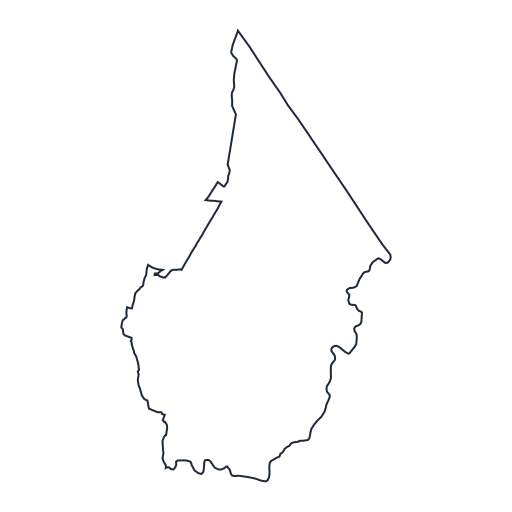 Unión Juárez, Chiapas, Mexico
{"feature_id": "50627088B53663671154326", "entity_name": "Unión Juárez", "entity_type": "district", "adm_level": 2, "iso_a3": "MEX", "parent_name": "Mexico", "parent_adm1": "Chiapas", "projection": "natural_earth1", "projection_center": [-92.114, 15.071], "detail": "fine", "context": "isolated", "style": "outline", "palette": "slate", "viewbox_px": 512, "rotation_deg": 0, "n_neighbors": 0, "source": "geoboundaries", "source_scale": "gbopen_adm2", "svg_char_len": 5965}
<svg xmlns="http://www.w3.org/2000/svg" viewBox="0 0 512 512"><path d="M165.8,467.9L166.2,467.6L168.4,467.2L169.6,467.8L171.0,469.2L173.5,469.4L174.4,468.4L175.6,466.6L176.3,464.4L176.0,461.8L177.9,460.4L182.0,460.4L185.7,460.4L189.3,461.2L190.9,462.2L191.7,465.1L194.4,470.3L198.4,473.2L201.3,474.0L203.0,472.4L203.7,470.2L204.3,462.1L205.0,460.3L207.0,459.9L208.9,460.1L210.9,461.9L212.8,465.0L214.9,467.8L219.0,469.6L221.4,469.4L222.9,468.8L225.2,467.6L226.2,466.6L227.1,466.4L229.8,469.9L230.8,473.5L232.0,475.5L234.7,476.1L238.7,475.7L242.7,476.3L246.5,476.8L250.9,477.6L256.0,478.8L260.6,480.5L264.7,481.3L266.4,481.1L267.7,480.1L268.6,478.3L269.3,475.9L269.5,472.2L269.3,466.4L269.7,463.2L271.1,460.9L274.3,459.1L277.3,457.5L279.3,456.7L279.8,455.7L280.3,453.9L281.9,452.9L283.7,450.9L284.6,448.9L287.1,446.9L289.4,445.9L291.0,443.5L293.8,442.3L298.3,441.7L299.3,440.9L303.2,440.7L307.7,440.1L309.3,438.3L310.0,435.5L310.5,432.3L311.4,428.9L314.2,424.5L317.5,420.5L321.4,416.7L324.6,411.6L325.7,408.0L326.3,405.0L328.8,399.4L329.6,397.5L329.7,395.1L328.8,393.9L327.4,392.3L326.7,390.7L326.5,388.3L327.0,385.8L328.6,383.8L329.9,381.2L331.0,377.8L330.8,372.8L330.8,367.9L331.2,364.9L332.6,362.7L333.8,361.3L334.9,359.9L335.1,358.3L334.8,355.8L332.6,352.6L331.4,351.0L331.4,349.2L332.0,347.6L334.1,346.2L336.4,345.8L339.2,347.0L345.4,352.1L348.4,353.7L349.5,353.3L354.4,347.1L356.2,344.2L356.8,337.6L356.6,334.4L355.7,332.8L354.8,331.6L354.1,329.0L354.7,327.4L356.3,326.0L358.6,325.4L360.5,323.8L361.4,321.7L361.8,314.7L362.0,312.7L361.6,312.1L360.2,311.3L358.8,310.8L357.0,308.8L356.0,306.0L355.0,305.0L351.4,304.8L349.5,304.0L349.0,302.8L348.4,300.8L348.4,299.3L348.8,297.9L349.3,295.8L349.1,294.4L348.5,293.8L347.0,292.1L346.6,290.6L346.9,290.0L347.5,289.3L349.8,288.0L352.1,287.9L354.7,287.3L356.9,285.7L358.0,282.7L359.8,278.6L363.0,273.6L363.9,272.6L365.7,271.8L368.6,271.3L369.3,270.4L369.8,269.0L370.2,266.2L370.9,264.9L372.5,262.4L376.6,259.3L378.6,258.3L381.0,259.5L383.0,261.2L385.4,263.0L387.6,262.7L389.1,261.1L390.2,259.6L390.7,257.5L390.3,254.7L382.2,244.2L366.8,221.5L347.4,191.9L333.0,170.7L320.5,152.1L312.0,139.6L309.1,135.2L298.1,119.1L287.8,105.1L280.2,92.8L269.1,76.9L262.8,67.3L259.3,61.9L249.5,46.7L237.9,30.7L235.8,36.7L234.1,41.1L232.6,45.4L231.9,48.7L231.6,50.2L231.2,51.8L231.4,53.2L232.4,54.5L233.0,55.7L234.1,56.8L234.9,57.5L235.6,58.3L236.7,59.2L237.0,60.4L234.4,73.3L233.8,79.5L233.9,82.7L234.1,84.6L234.3,86.1L234.0,87.8L233.3,90.1L232.3,91.8L231.9,93.3L231.7,95.2L232.2,101.3L232.1,105.9L232.6,107.0L235.9,114.5L232.2,137.0L230.3,148.7L227.6,164.8L228.2,165.4L228.2,166.3L228.7,167.3L228.9,168.1L229.3,168.8L229.7,169.7L229.6,171.1L229.5,172.3L229.1,173.4L228.7,174.7L228.2,175.6L228.2,176.7L228.1,177.6L228.1,178.9L227.7,180.5L227.6,181.7L225.9,184.1L224.9,185.7L224.0,186.6L222.2,185.5L217.8,182.0L216.4,184.1L216.0,184.9L216.0,185.0L215.4,185.9L214.4,187.5L212.0,191.1L210.3,193.8L209.6,195.0L207.8,197.6L207.3,198.2L206.9,198.6L206.1,199.4L205.6,200.1L210.7,200.7L213.0,200.8L213.5,200.8L214.5,200.8L217.4,201.3L221.4,201.6L218.7,206.4L218.0,208.1L217.1,209.5L216.3,210.9L215.5,212.1L212.6,217.1L211.9,218.3L209.8,221.6L207.5,225.6L204.0,231.5L202.8,233.7L201.3,236.4L200.7,237.0L200.4,237.7L199.9,238.5L199.3,239.6L198.6,240.8L198.2,241.4L197.1,243.0L196.8,243.5L196.0,245.3L194.5,247.6L193.3,249.5L193.1,249.9L193.0,250.1L192.6,250.6L192.5,250.8L192.1,251.4L191.9,251.8L191.7,252.1L191.1,253.0L189.5,256.1L188.2,258.3L187.7,259.1L185.8,262.2L185.1,263.4L184.3,264.9L183.4,266.5L182.4,268.2L181.6,269.8L180.1,269.3L179.8,269.4L179.5,269.4L177.1,269.8L176.8,269.8L176.1,269.8L175.6,269.8L173.8,269.7L172.0,270.1L171.5,270.6L171.2,270.5L169.9,271.8L169.4,272.5L168.4,273.9L168.3,274.0L167.2,275.3L166.1,276.5L165.2,277.5L164.6,277.2L163.1,277.6L161.8,276.8L160.3,276.6L158.4,275.2L157.7,275.0L155.3,275.0L154.6,275.1L154.9,273.8L155.0,273.5L157.5,273.4L157.9,273.3L158.2,273.2L158.9,272.5L159.2,272.2L160.6,271.0L161.1,270.4L161.5,270.3L162.0,270.1L162.3,270.3L162.8,269.9L161.9,269.8L161.5,269.7L158.1,269.4L157.4,269.2L154.6,268.4L153.4,267.9L151.5,267.1L148.1,264.9L147.5,267.0L147.3,267.3L146.8,269.1L146.6,270.8L146.4,273.0L146.2,274.6L146.1,275.4L144.8,277.5L144.0,280.3L143.6,282.1L143.4,282.9L143.3,284.4L143.0,285.6L142.2,286.5L140.6,287.3L139.8,288.6L138.8,289.7L137.8,290.5L136.9,291.5L136.6,291.8L136.1,292.3L135.3,293.3L135.0,294.9L134.6,296.3L134.6,296.7L134.3,298.8L134.2,299.5L134.1,300.1L133.9,301.2L132.7,305.0L132.5,305.8L132.0,308.4L131.2,308.3L130.5,308.3L130.0,308.2L129.5,308.1L129.0,307.9L128.4,307.7L128.0,307.6L127.9,307.5L127.1,307.2L127.0,307.9L126.6,309.9L126.5,310.9L126.4,314.2L126.4,314.6L126.6,314.8L126.7,315.2L126.7,315.8L126.6,316.3L126.6,316.9L126.1,317.6L125.0,318.2L124.7,318.6L124.0,319.4L123.2,319.8L122.8,320.3L122.6,320.5L122.4,321.3L122.2,322.3L122.0,323.2L121.8,323.9L121.6,324.9L121.6,325.3L121.5,325.9L121.4,326.7L121.3,327.3L121.8,328.2L122.6,328.9L122.9,329.9L122.9,330.5L123.1,331.7L123.2,332.8L123.5,333.8L123.7,334.3L124.3,334.8L124.6,335.0L124.8,335.4L126.6,336.0L127.2,336.3L127.7,336.4L128.3,336.7L129.3,337.0L130.0,337.3L131.6,337.8L131.5,338.2L131.4,338.9L131.5,339.4L131.6,339.8L131.3,340.2L131.2,340.6L131.1,340.9L131.0,341.1L130.8,341.2L130.9,341.4L131.7,342.5L131.8,343.2L131.8,343.5L131.6,343.9L133.3,349.7L133.8,350.4L133.9,351.1L134.1,353.0L135.2,354.6L136.3,356.8L137.6,361.6L138.2,363.1L138.0,363.8L138.6,365.4L138.5,367.4L139.0,369.1L138.9,370.0L137.9,371.4L137.8,371.6L138.1,373.0L138.7,374.6L138.5,375.5L137.8,379.9L138.5,384.8L139.4,387.2L139.6,387.5L141.8,395.3L144.3,399.1L147.4,400.5L148.9,408.6L157.5,412.2L161.5,412.3L162.2,414.1L164.8,414.8L162.7,420.3L164.1,421.5L164.3,422.1L165.2,422.0L165.5,422.8L165.9,423.3L166.4,424.0L166.8,424.8L167.2,427.7L166.1,434.9L165.7,434.8L164.0,437.1L162.7,440.4L162.5,441.0L163.1,450.7L163.5,452.8L162.5,458.5L163.0,459.5L163.7,461.8L165.9,465.5L165.8,467.9Z" fill="none" stroke="#1e293b" stroke-width="2"/></svg>